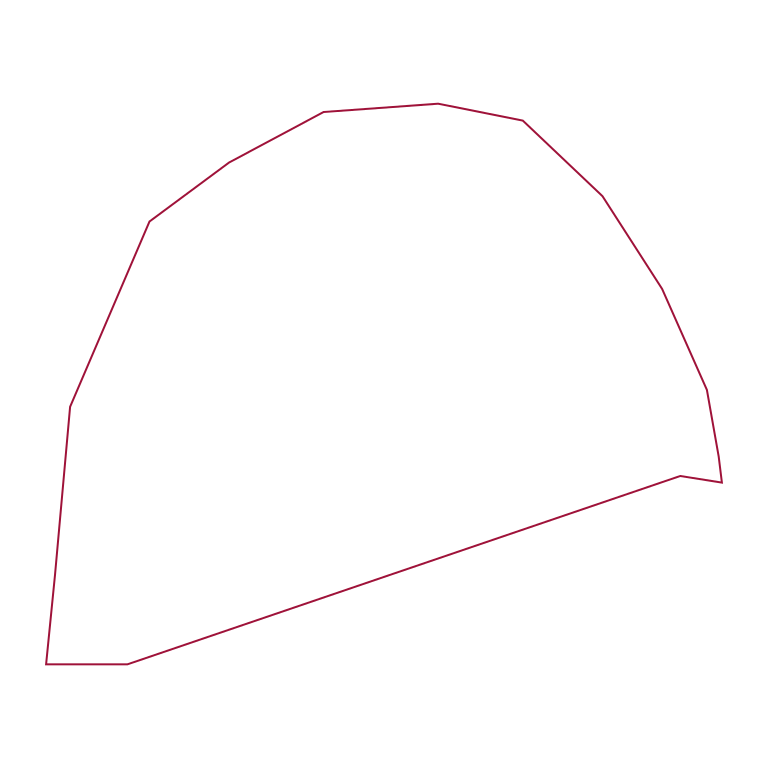 an SVG outline of Kingston upon Hull
{"feature_id": "GBR-2055", "entity_name": "Kingston upon Hull", "entity_type": "Unitary Authority", "adm_level": 1, "iso_a3": "GBR", "parent_name": "United Kingdom", "parent_adm1": "", "projection": "mercator", "projection_center": [-0.364, 53.752], "detail": "fine", "context": "isolated", "style": "outline", "palette": "rose", "viewbox_px": 768, "rotation_deg": 0, "n_neighbors": 0, "source": "natural_earth", "source_scale": "10m", "svg_char_len": 316}
<svg xmlns="http://www.w3.org/2000/svg" viewBox="0 0 768 768"><path d="M721.9,482.6L680.2,476.0L127.5,664.3L46.1,664.3L55.0,575.0L70.1,406.8L149.5,221.5L229.1,162.5L323.6,112.0L438.1,103.7L522.8,120.6L602.5,196.2L662.1,288.9L706.9,389.9L718.7,456.6L721.9,482.6Z" fill="none" stroke="#9f1239" stroke-width="2"/></svg>